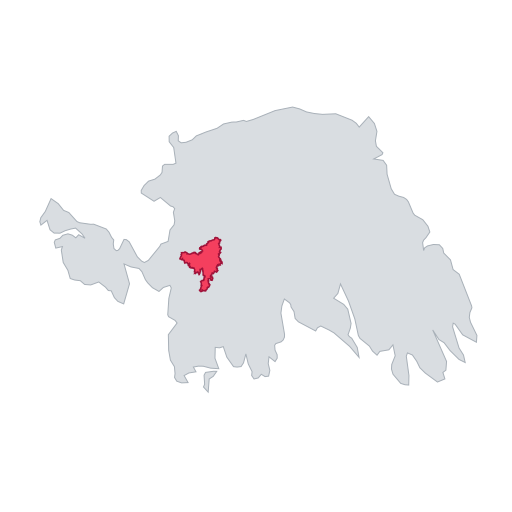 Boyle Lea-6, Roscommon, Ireland (highlighted), rotated 264°
{"feature_id": "5873133B69148251137192", "entity_name": "Boyle Lea-6", "entity_type": "district", "adm_level": 2, "iso_a3": "IRL", "parent_name": "Ireland", "parent_adm1": "Roscommon", "projection": "orthographic", "projection_center": [-8.266, 53.929], "detail": "fine", "context": "in_parent", "style": "filled", "palette": "rose", "viewbox_px": 512, "rotation_deg": 264, "n_neighbors": 0, "source": "geoboundaries", "source_scale": "gbopen_adm2", "svg_char_len": 9253}
<svg xmlns="http://www.w3.org/2000/svg" viewBox="0 0 512 512"><g transform="rotate(264 256 256)"><path d="M318.8,74.4L309.0,81.5L307.5,84.1L304.8,94.9L304.6,97.9L298.5,109.9L295.0,112.3L289.7,114.3L286.8,116.2L283.0,115.3L278.3,115.5L275.9,117.6L276.0,119.2L277.5,121.1L286.3,126.5L285.8,128.8L283.3,131.4L267.6,137.9L262.9,141.7L261.2,144.3L262.9,148.5L275.6,161.3L277.8,162.7L279.7,170.1L290.9,173.2L295.6,177.8L299.5,178.9L308.1,178.4L311.6,180.1L313.6,178.7L314.7,176.2L324.2,167.0L321.1,160.3L330.6,148.5L333.2,148.7L337.8,152.1L341.7,157.0L343.0,163.5L346.6,169.3L349.0,171.3L355.2,172.4L356.7,174.7L355.8,183.2L356.7,186.1L372.5,185.5L378.7,181.6L384.2,182.1L387.0,185.8L388.3,189.7L383.7,191.4L378.7,190.7L376.4,193.4L376.4,198.3L378.2,204.7L381.7,209.2L384.6,219.4L387.1,230.7L390.7,237.5L391.7,246.1L391.3,250.3L392.2,257.8L390.8,260.5L392.1,267.6L398.6,290.2L400.3,308.0L397.7,314.8L394.0,321.3L391.6,328.9L389.9,337.0L389.1,350.2L381.0,365.7L377.5,369.6L373.4,372.1L382.8,382.6L375.4,387.6L367.3,389.3L358.1,386.8L352.5,387.2L345.4,393.0L343.7,392.0L340.2,383.2L337.8,392.4L332.6,395.4L323.6,394.9L308.7,397.5L302.9,400.2L300.6,404.2L298.8,408.9L296.5,411.7L293.9,413.2L282.3,416.7L280.0,418.1L274.6,425.7L267.6,430.1L261.7,431.4L256.5,427.0L254.3,424.4L251.9,423.1L243.9,423.3L246.5,424.6L248.1,427.7L248.9,433.7L248.0,439.5L244.0,442.5L239.3,443.0L231.8,449.0L221.9,450.6L216.6,456.2L183.8,465.2L181.9,465.3L177.4,462.8L172.6,461.7L167.7,462.4L153.9,467.4L147.2,466.2L156.0,453.3L167.4,446.9L168.6,445.1L165.0,444.1L143.3,448.3L135.8,452.0L128.2,452.9L131.9,447.1L141.7,439.1L150.1,434.0L153.8,429.2L164.0,424.0L131.2,434.5L122.6,432.9L120.7,429.7L114.0,431.0L111.7,423.3L121.9,412.1L127.7,407.3L134.6,404.8L141.2,401.2L143.8,396.5L140.7,395.0L121.1,395.6L111.7,394.4L112.4,390.7L114.2,386.6L124.1,379.9L129.4,378.9L134.0,379.7L142.2,384.0L153.3,382.9L148.8,378.3L148.2,369.2L144.7,366.0L149.3,361.9L154.5,359.4L163.2,350.8L166.2,349.5L183.1,347.7L201.4,343.3L219.4,337.1L210.2,333.5L205.9,328.8L198.7,338.2L193.5,341.7L179.0,343.5L174.5,342.3L168.1,339.3L166.1,340.4L164.2,342.6L154.5,347.1L144.4,347.9L156.3,339.7L171.4,325.5L174.7,321.0L179.6,313.1L178.2,309.6L175.2,307.5L186.1,291.3L189.8,288.4L196.7,288.0L201.7,285.5L203.9,285.5L205.9,284.5L210.3,279.7L203.6,276.5L196.6,274.8L175.1,276.2L172.3,275.8L169.6,274.2L168.0,272.0L166.8,266.5L165.2,265.2L160.4,265.1L155.6,266.7L152.2,266.4L149.0,263.9L154.4,258.4L147.7,256.9L140.8,257.8L135.2,256.0L135.1,252.4L137.8,248.9L134.5,245.5L133.9,241.2L137.6,239.2L141.4,240.0L149.5,237.0L159.7,235.7L151.0,232.4L147.6,229.6L147.5,225.6L148.3,222.1L158.5,216.4L169.3,214.0L168.5,210.1L169.4,205.9L158.6,204.5L147.8,207.2L149.2,199.2L151.9,192.0L152.5,187.2L152.1,182.1L147.1,184.2L146.7,177.0L144.6,172.0L137.2,175.2L137.6,168.7L139.8,164.1L143.7,162.3L147.5,163.2L154.5,163.3L161.4,160.0L171.3,159.3L186.9,160.6L197.6,170.5L200.4,168.8L204.8,162.7L206.8,162.1L223.0,164.9L233.1,168.4L235.8,167.3L234.4,160.6L230.9,155.8L235.3,149.7L240.6,145.5L244.1,143.5L252.3,140.9L255.8,138.4L258.2,130.5L261.9,123.9L241.6,127.3L222.2,119.4L225.3,113.9L229.4,110.8L236.5,108.4L237.1,105.5L240.7,103.1L246.6,96.9L244.5,88.6L245.6,82.6L249.8,78.7L251.1,73.1L253.0,68.9L261.5,67.4L269.7,63.6L282.3,63.0L285.6,64.5L284.8,57.7L290.7,56.8L293.0,58.1L294.1,62.9L296.8,66.0L297.7,71.3L295.9,75.5L292.9,78.7L295.7,81.9L291.5,87.8L296.1,85.3L302.6,79.5L302.2,74.7L301.1,68.8L299.2,63.5L299.9,57.6L303.6,53.9L313.3,51.9L309.2,45.3L312.7,44.6L316.6,46.0L322.3,51.1L334.5,58.2L328.7,64.8L321.5,69.4L318.8,74.4ZM145.8,201.8L145.4,204.9L140.8,200.9L138.6,196.6L125.6,194.2L131.2,190.1L133.8,191.5L142.9,191.9L145.5,193.7L145.8,201.8Z" fill="#d9dde1" stroke="#a8b0b8" stroke-width="1"/><path d="M260.1,181.8L260.2,182.0L260.8,182.6L259.9,182.6L259.1,184.2L258.1,184.1L257.5,184.4L257.1,184.3L257.0,184.5L256.5,184.5L256.7,185.0L256.5,185.3L256.8,186.2L256.7,186.4L256.6,186.9L256.0,187.1L255.5,187.1L255.3,187.3L255.4,187.7L255.3,187.8L255.4,188.0L255.3,188.3L255.5,188.8L255.7,189.0L255.3,189.3L254.8,189.1L254.5,188.8L254.3,188.1L253.7,187.8L253.6,188.2L253.1,188.3L252.9,188.5L253.0,189.0L252.9,189.1L252.7,189.0L252.6,189.4L252.2,189.5L252.2,189.3L252.1,189.0L251.7,188.8L251.2,189.5L250.9,190.2L250.9,190.4L251.1,190.5L250.7,191.1L250.8,191.3L250.6,191.4L250.6,191.6L250.8,191.8L251.0,191.8L250.7,192.5L250.3,192.6L250.3,192.8L250.4,193.1L248.5,193.7L247.1,193.1L246.6,193.1L246.5,193.4L246.5,193.7L246.1,193.8L245.5,193.7L245.3,193.6L245.1,193.4L245.1,193.7L244.9,194.0L245.8,194.7L245.8,194.9L246.0,195.2L245.9,195.6L245.7,195.6L245.6,195.9L245.8,196.0L245.8,196.5L246.1,196.6L245.7,197.0L245.4,197.4L245.1,197.5L244.3,197.2L243.9,197.4L243.4,197.4L243.4,197.5L243.5,197.7L244.7,197.9L244.6,198.1L244.6,198.3L246.4,198.9L246.4,199.1L246.5,199.1L247.5,199.3L247.5,198.9L248.4,199.0L248.2,199.9L248.6,200.0L249.0,200.6L248.9,200.6L248.9,200.9L249.1,200.9L249.1,201.1L249.3,201.5L249.1,201.6L247.2,201.5L246.6,201.8L246.5,201.7L246.4,201.6L246.0,201.5L245.5,201.7L244.6,201.6L243.0,201.6L242.8,201.4L242.5,201.5L242.1,201.6L241.9,201.7L241.7,202.4L241.9,202.8L241.7,203.0L240.5,203.1L240.0,202.2L239.3,202.2L238.4,201.6L238.1,201.6L238.0,201.8L237.4,201.6L237.1,200.9L237.1,200.5L237.3,200.2L237.1,199.8L237.2,199.7L236.9,199.3L236.8,199.2L236.7,198.7L236.2,198.2L235.8,198.5L235.3,198.7L234.2,198.8L233.9,198.6L233.1,198.6L232.1,198.1L232.4,198.5L232.3,199.0L231.9,198.8L231.7,198.5L228.9,197.3L228.1,196.7L227.9,196.3L227.2,196.8L227.1,196.7L226.9,196.9L226.7,197.4L226.3,197.6L226.4,197.8L226.7,198.1L226.7,198.5L227.3,199.0L227.8,199.0L227.5,199.4L226.9,199.3L227.1,199.8L226.6,201.7L227.0,201.9L226.7,202.4L227.8,203.1L227.9,203.5L228.2,203.8L229.1,204.3L229.6,204.2L230.0,204.5L229.9,205.3L229.8,205.6L230.4,205.9L230.5,206.1L231.1,206.6L231.5,206.8L231.8,206.9L232.1,206.7L232.3,206.9L232.4,206.7L232.8,206.8L233.1,206.7L233.1,206.3L233.4,206.1L233.5,206.1L233.8,206.0L234.1,206.1L235.0,205.9L235.8,206.3L236.5,206.4L236.6,206.2L236.6,205.8L237.0,206.0L237.7,206.2L238.2,206.1L238.2,206.6L238.4,206.7L238.5,207.8L238.5,208.0L236.9,208.7L236.6,208.7L236.5,209.4L236.4,209.7L236.9,210.2L237.3,210.0L237.9,210.3L238.4,210.7L238.7,210.2L239.2,210.2L239.5,210.4L239.7,210.1L239.8,210.1L239.8,209.0L240.3,209.1L240.5,208.6L241.5,208.9L241.7,210.1L242.7,210.2L243.7,210.7L243.0,211.8L244.0,212.6L245.1,213.0L245.0,213.4L245.1,213.5L244.7,213.9L244.4,214.8L244.1,215.1L244.4,215.5L245.5,216.5L245.7,216.2L245.8,215.8L247.1,216.3L247.4,216.3L247.6,216.2L247.6,215.5L248.4,215.9L248.8,215.4L249.6,215.8L249.7,216.1L250.4,216.3L250.2,217.2L250.5,217.3L251.0,217.2L250.6,217.9L251.7,218.3L251.6,218.7L250.9,218.5L250.8,219.4L251.1,219.3L251.5,219.3L251.8,219.6L252.1,219.9L252.1,220.0L252.2,220.8L252.9,220.6L252.9,221.2L252.5,221.5L253.4,221.6L253.7,221.1L254.1,221.2L254.6,220.9L254.7,220.5L254.4,220.2L254.6,219.9L255.4,220.4L255.4,219.6L256.0,219.6L256.0,219.8L256.2,220.0L256.9,220.2L257.0,219.7L257.7,219.6L258.1,219.3L258.5,219.2L258.7,218.8L259.5,218.7L260.2,219.3L260.3,219.2L260.5,219.2L261.3,219.6L261.5,219.0L262.0,219.0L262.0,219.3L262.4,219.6L262.4,220.0L262.5,220.2L262.7,220.5L262.7,220.8L262.9,220.9L263.1,221.1L263.3,220.9L263.4,221.0L263.8,220.3L264.1,220.1L264.3,220.2L265.0,220.5L264.9,220.6L266.5,221.6L266.6,222.1L268.4,222.2L268.5,221.8L268.5,221.4L268.7,221.2L268.4,220.8L268.4,220.6L268.8,220.8L269.5,220.9L270.7,220.6L270.8,220.4L271.8,220.3L272.2,220.1L272.4,220.2L272.4,220.4L272.4,220.7L272.8,221.3L273.6,221.1L274.0,221.2L274.7,221.6L274.6,222.0L275.2,222.6L275.6,222.6L276.0,222.3L275.9,222.1L276.0,221.4L276.0,221.1L276.5,220.9L276.7,220.5L277.2,220.1L277.9,219.8L278.0,219.7L277.9,219.4L278.3,218.9L278.2,218.4L278.3,217.9L278.6,217.8L278.3,216.9L277.5,216.8L276.7,216.3L276.5,216.0L276.4,214.2L275.9,213.3L275.7,212.6L275.9,212.2L275.8,211.2L275.5,210.9L275.5,210.3L275.2,209.8L274.5,210.2L274.2,209.9L274.0,209.3L273.6,209.0L273.4,208.4L273.1,208.1L272.1,208.2L271.8,207.7L272.1,207.1L272.1,206.9L271.8,206.2L272.1,205.8L271.8,205.3L271.3,204.8L271.4,204.5L271.1,204.3L271.0,204.0L271.2,203.2L271.3,203.0L271.3,202.7L270.9,202.1L270.7,202.0L270.4,202.4L270.1,202.1L269.8,201.5L269.8,201.1L269.9,200.9L269.4,200.8L269.0,200.6L268.7,200.8L268.5,201.2L268.9,201.5L268.7,202.0L267.6,202.9L267.5,203.1L266.6,203.4L266.4,202.9L266.2,202.6L265.9,202.5L265.9,201.9L265.2,202.3L265.1,202.2L264.9,201.4L264.6,201.2L265.1,200.8L265.3,200.6L265.4,200.3L265.2,199.8L264.8,199.9L264.2,199.8L264.1,199.6L264.2,199.3L264.1,199.2L263.8,199.0L263.3,198.9L263.2,198.7L263.4,198.3L264.0,197.6L264.5,197.4L264.5,197.0L264.7,196.6L264.8,196.2L265.5,196.3L265.9,195.9L266.0,195.7L266.0,195.2L266.1,194.8L265.5,194.6L265.5,194.3L265.7,193.8L265.5,193.6L265.6,193.1L265.5,192.6L265.1,192.4L265.1,191.9L265.0,191.7L264.9,191.3L264.9,191.2L264.7,190.8L264.8,190.1L264.7,189.9L265.5,188.3L265.5,188.0L265.4,187.8L265.7,187.8L265.8,188.0L266.0,188.0L266.2,187.6L266.7,187.3L266.7,186.9L267.0,186.4L267.4,186.1L267.5,185.8L266.9,185.1L267.1,182.2L265.9,182.2L265.6,182.1L265.2,182.1L265.1,181.7L264.6,181.9L264.4,181.8L263.8,181.8L263.4,181.2L262.7,180.8L262.5,180.6L261.9,180.6L261.5,180.1L261.1,180.0L260.7,181.0L260.2,181.4L260.2,181.5L260.1,181.8Z" fill="#f43f5e" stroke="#9f1239" stroke-width="1.5"/></g></svg>